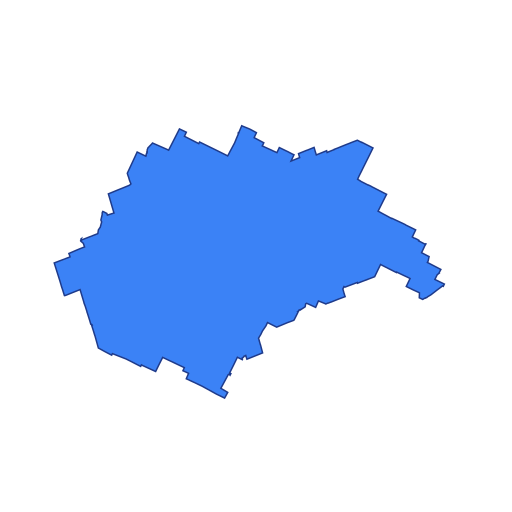 Winton, Queensland, Australia (Natural Earth projection), rotated 21°
{"feature_id": "25037944B95324883935739", "entity_name": "Winton", "entity_type": "district", "adm_level": 2, "iso_a3": "AUS", "parent_name": "Australia", "parent_adm1": "Queensland", "projection": "natural_earth1", "projection_center": [142.695, -22.507], "detail": "fine", "context": "isolated", "style": "filled", "palette": "blue", "viewbox_px": 512, "rotation_deg": 21, "n_neighbors": 0, "source": "geoboundaries", "source_scale": "gbopen_adm2", "svg_char_len": 4775}
<svg xmlns="http://www.w3.org/2000/svg" viewBox="0 0 512 512"><g transform="rotate(21 256 256)"><path d="M441.7,217.2L441.9,214.7L431.4,213.8L431.9,208.5L433.0,206.7L432.9,206.7L433.4,202.3L418.3,200.6L418.5,198.8L418.2,197.2L417.8,194.5L415.6,194.3L409.6,193.6L409.4,193.6L409.4,193.3L409.7,189.4L410.0,184.4L410.2,184.5L410.3,183.8L410.1,183.8L409.8,184.4L402.5,183.6L402.5,183.0L400.5,182.7L398.1,182.5L397.0,182.6L395.1,182.2L395.7,174.6L395.7,174.4L391.4,174.0L384.6,173.4L384.1,173.2L380.6,172.9L379.1,172.8L369.2,172.1L369.1,172.4L361.8,171.4L361.5,171.4L356.2,170.7L355.9,170.6L355.5,170.6L353.9,170.4L355.0,159.3L355.8,151.6L351.8,151.2L348.3,150.8L347.7,150.8L346.7,150.6L344.3,150.4L344.1,150.4L343.9,150.3L343.7,150.3L341.0,150.0L340.5,150.0L338.6,149.7L336.7,149.5L336.4,149.5L336.2,149.5L335.6,149.4L335.4,149.6L327.9,148.8L326.3,148.6L326.2,148.4L323.4,148.0L323.4,147.7L323.5,145.2L323.6,143.9L324.2,137.8L324.2,137.6L324.4,135.4L325.1,128.1L325.5,124.1L326.5,113.2L314.0,111.9L314.0,112.1L312.9,112.0L309.1,111.6L307.7,112.9L306.0,114.4L303.9,116.3L303.1,117.1L300.2,119.7L298.6,121.2L295.6,124.0L293.7,125.8L290.8,128.4L290.9,128.6L290.2,129.2L286.8,132.4L285.3,133.9L284.2,132.4L284.0,132.6L276.1,140.0L274.5,138.0L273.5,136.7L271.3,133.8L266.3,138.5L265.2,139.4L259.0,145.2L261.5,148.5L254.7,154.8L255.2,147.9L252.6,147.7L248.5,147.2L245.9,147.0L238.9,146.4L238.5,152.0L236.9,151.9L234.7,151.8L232.3,151.6L230.6,151.5L228.7,151.4L227.1,151.3L222.4,151.0L222.6,149.1L222.6,148.6L222.7,147.5L216.1,146.7L212.0,146.2L211.9,146.2L211.9,145.4L211.9,144.9L212.2,141.2L212.2,140.7L205.3,139.8L205.1,139.8L203.7,139.7L197.5,139.6L196.0,139.5L195.9,142.2L195.8,145.0L195.8,146.5L195.8,147.2L195.3,147.2L195.3,147.7L195.8,147.9L195.6,153.1L195.5,158.1L194.6,165.3L194.2,168.4L194.1,169.6L193.7,172.7L191.9,172.5L182.6,171.6L162.5,169.8L162.3,171.6L149.2,170.2L146.3,169.9L146.6,165.4L144.1,165.2L139.0,164.8L136.5,188.5L133.7,188.3L118.9,187.6L118.5,188.8L117.0,192.2L116.8,192.9L116.4,193.5L116.4,194.7L116.4,196.0L117.1,197.7L116.8,198.0L117.3,198.6L117.1,198.7L117.1,199.9L117.0,200.3L117.2,200.9L117.2,201.1L117.4,201.3L117.4,202.3L107.8,201.5L106.2,224.9L107.9,227.1L108.5,227.7L110.8,230.7L113.4,233.5L112.6,235.2L105.9,241.5L103.4,243.8L103.2,244.0L95.9,250.9L101.0,257.6L108.0,266.8L107.2,267.4L102.6,271.1L101.5,269.7L101.4,269.7L97.9,269.3L97.0,269.3L96.9,270.5L97.2,271.6L97.5,272.2L98.3,278.0L99.7,279.5L100.3,285.1L100.1,285.5L99.5,288.1L100.3,291.8L87.9,303.1L86.7,302.8L86.7,302.5L86.5,302.8L86.5,303.0L86.9,303.3L86.9,303.8L87.1,304.0L86.8,304.2L86.8,304.7L86.9,304.8L90.3,306.1L92.7,309.0L92.0,309.6L88.4,312.9L88.3,313.0L85.9,315.3L80.4,320.7L82.0,322.5L82.7,323.5L70.1,334.8L70.9,335.8L82.5,350.4L85.6,354.5L86.7,355.8L88.1,357.5L88.3,357.8L91.3,361.6L91.6,361.6L92.9,360.5L103.8,350.4L111.6,360.5L112.5,361.8L114.5,364.0L118.1,368.5L118.5,369.2L119.0,369.7L124.4,376.5L126.2,378.9L127.0,378.7L127.8,379.2L127.4,379.6L131.7,385.0L132.9,386.6L134.2,388.2L134.4,388.4L141.8,398.4L149.1,399.4L156.8,400.3L156.9,398.6L171.8,398.7L187.9,400.4L188.0,398.7L189.7,398.9L203.7,399.8L204.3,392.9L205.2,384.1L229.1,385.9L228.9,389.3L232.5,389.5L235.1,389.7L234.9,395.6L242.2,396.1L242.5,396.1L252.7,396.9L253.3,397.0L268.5,399.1L277.6,399.9L278.5,393.5L270.6,392.1L272.6,376.7L273.5,376.0L274.5,376.6L274.7,374.8L273.3,374.7L274.2,365.3L274.9,357.2L280.4,357.7L280.4,357.4L280.3,357.2L280.1,357.0L279.9,356.8L279.8,356.5L279.7,356.1L279.9,356.0L280.1,355.7L280.3,355.3L280.4,355.0L280.6,354.8L280.7,354.5L280.7,354.0L280.8,353.7L281.0,353.6L281.4,353.3L281.5,353.3L281.6,353.1L282.0,352.8L282.1,352.6L284.5,355.6L296.9,344.1L292.0,337.3L291.9,337.3L289.3,333.8L289.3,333.7L288.7,333.0L287.8,331.8L288.6,327.5L288.9,323.7L290.3,317.8L290.6,314.0L299.8,314.9L300.8,315.0L309.4,306.8L310.8,305.6L314.1,302.7L314.5,302.1L315.1,296.1L315.2,295.0L315.4,292.5L315.2,292.5L315.5,292.2L315.5,291.1L316.5,290.2L316.7,290.5L319.9,286.1L320.1,285.8L319.5,282.9L320.2,282.0L320.3,282.0L322.8,282.1L330.1,282.6L330.4,275.6L331.4,275.6L332.2,275.6L337.5,275.7L338.4,275.8L339.7,274.4L340.3,274.1L342.4,272.2L342.5,272.2L348.0,267.1L351.7,263.8L353.8,262.0L352.3,260.2L352.0,259.7L351.6,259.3L351.5,259.2L349.5,256.4L348.9,255.7L349.0,254.3L349.1,253.0L350.2,253.2L357.3,246.9L360.0,244.4L360.5,245.1L362.7,243.1L373.2,233.7L374.2,232.8L375.3,219.5L375.3,219.3L380.9,219.9L391.6,221.0L393.1,221.1L393.1,220.6L400.6,221.2L405.0,221.5L407.9,221.8L407.2,230.6L414.6,231.3L419.3,231.6L421.3,231.7L421.8,231.8L423.4,236.5L427.2,236.8L428.1,235.6L429.2,234.4L429.4,234.5L429.8,234.0L430.4,233.5L430.5,233.2L430.8,232.6L433.1,229.7L433.3,229.4L433.8,228.6L435.0,226.6L437.3,222.8L440.1,218.4L440.8,217.1L441.7,217.2Z" fill="#3b82f6" stroke="#1e3a8a" stroke-width="1.5"/></g></svg>